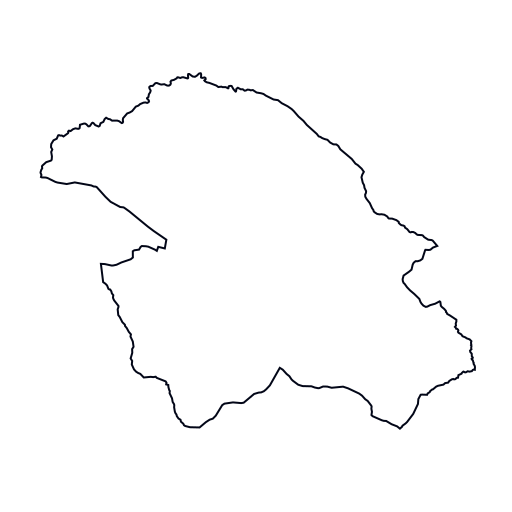 Macanal, Boyacá, Colombia (Mercator projection), rotated 263°
{"feature_id": "7082276B95267343444415", "entity_name": "Macanal", "entity_type": "district", "adm_level": 2, "iso_a3": "COL", "parent_name": "Colombia", "parent_adm1": "Boyacá", "projection": "mercator", "projection_center": [-73.296, 4.981], "detail": "fine", "context": "isolated", "style": "outline", "palette": "ink", "viewbox_px": 512, "rotation_deg": 263, "n_neighbors": 0, "source": "geoboundaries", "source_scale": "gbopen_adm2", "svg_char_len": 6090}
<svg xmlns="http://www.w3.org/2000/svg" viewBox="0 0 512 512"><g transform="rotate(263 256 256)"><path d="M243.9,437.1L249.7,433.3L250.4,432.3L251.2,428.9L254.3,425.2L255.9,424.2L256.5,423.2L257.2,419.2L257.8,418.2L259.5,416.8L260.6,415.1L260.9,413.5L260.6,412.4L261.1,411.3L264.2,409.4L266.0,407.4L267.4,407.1L268.2,406.1L268.8,404.3L269.4,403.4L271.3,401.8L272.5,401.8L274.5,399.7L276.5,395.7L277.0,392.5L278.0,391.6L279.1,391.2L281.3,388.5L282.2,385.5L282.2,383.9L282.7,382.2L283.1,381.2L285.0,379.0L285.9,378.3L287.3,378.1L289.4,377.0L294.6,375.4L299.3,372.6L301.5,371.7L303.6,371.8L305.2,372.8L306.9,373.2L310.4,372.0L313.1,371.9L315.7,370.9L321.3,370.3L323.8,371.4L326.4,373.3L329.8,371.5L333.9,368.0L335.5,366.0L340.6,362.9L351.6,352.7L355.2,351.1L356.9,349.4L357.4,346.4L359.6,343.4L362.6,341.1L363.7,338.4L365.0,336.0L366.3,334.5L367.1,332.8L369.8,331.2L379.9,322.4L384.3,319.6L389.2,315.2L395.3,311.1L397.5,309.3L400.8,305.6L404.5,300.2L408.0,296.8L409.2,292.5L414.0,285.3L415.9,283.2L416.9,280.9L418.2,276.5L421.1,273.1L421.1,270.8L421.7,269.9L422.2,267.8L421.5,266.1L421.5,264.8L423.1,263.2L423.3,261.2L425.2,258.5L424.4,257.0L421.8,256.2L421.7,255.7L424.2,254.0L427.7,252.5L428.0,251.3L427.9,249.9L427.5,249.4L426.1,249.2L425.8,248.7L427.3,246.5L427.7,243.3L428.3,242.3L428.3,239.2L430.0,237.4L433.5,230.8L434.4,228.3L435.7,226.6L436.6,226.1L437.7,227.6L438.7,227.6L439.5,226.8L439.3,224.2L439.9,223.2L443.0,223.7L444.0,223.5L444.2,223.1L444.0,221.7L442.1,219.1L441.3,217.2L441.9,215.0L444.8,211.9L444.9,211.0L443.9,210.5L441.1,210.4L440.7,210.1L440.6,209.6L442.3,205.6L442.4,204.5L441.9,202.6L442.9,200.3L442.9,199.7L442.0,198.9L440.8,196.0L440.5,193.4L439.5,192.4L437.7,192.5L437.0,192.2L436.4,191.8L435.7,190.3L436.0,188.6L437.7,185.9L437.7,182.9L438.1,181.8L439.8,178.7L439.8,177.2L437.4,174.2L437.6,172.3L437.4,171.6L436.6,170.6L435.2,170.7L433.2,171.6L432.4,171.4L431.2,170.8L429.6,169.4L426.9,168.6L426.0,167.1L425.6,167.0L423.8,168.4L422.7,168.7L421.7,168.1L421.2,166.6L421.9,164.9L421.9,163.0L420.9,159.5L419.6,157.6L418.9,154.9L414.9,150.7L413.8,148.1L413.2,145.5L409.0,140.9L407.4,140.4L405.3,140.4L404.4,139.7L404.3,138.9L406.5,136.5L407.3,134.8L407.9,129.6L409.5,127.8L410.0,126.1L411.5,124.1L410.4,122.5L407.7,120.8L406.7,117.9L404.2,116.7L403.7,115.6L405.5,112.4L407.7,110.9L408.2,110.1L407.9,109.3L405.3,107.0L405.0,105.9L405.2,105.3L407.4,103.7L408.3,102.4L408.4,101.3L407.7,97.3L405.1,96.7L404.3,96.4L403.9,95.6L403.9,94.9L404.7,92.3L404.2,89.9L402.6,87.2L403.2,85.6L402.5,84.7L401.4,84.8L400.8,84.4L398.1,79.5L399.2,78.0L399.4,76.3L400.0,75.2L399.8,74.3L396.7,72.5L395.5,69.1L392.1,66.4L389.0,65.8L386.5,66.8L384.2,65.4L379.8,65.6L376.7,65.0L375.9,64.5L375.6,63.8L374.7,59.2L371.7,54.9L371.1,54.5L369.1,54.5L367.7,53.4L365.5,52.4L364.8,52.3L362.6,52.9L360.6,52.2L360.1,53.0L359.5,56.9L358.8,58.6L354.0,65.9L353.1,67.9L350.5,76.9L351.1,85.1L346.1,101.2L344.8,103.3L344.4,105.3L343.8,106.3L333.2,113.7L327.5,118.3L321.2,127.1L320.4,130.5L319.4,131.7L315.6,135.8L298.4,152.2L293.2,157.6L283.1,169.0L274.6,166.4L277.0,160.1L273.2,158.2L274.6,156.5L278.4,150.2L279.1,147.9L279.8,143.9L279.1,142.6L276.6,140.7L276.5,135.9L275.7,134.3L269.5,133.6L268.0,131.2L266.0,121.6L264.3,116.5L264.0,113.1L264.1,111.6L266.4,105.0L267.1,101.1L248.7,101.1L246.8,103.2L244.9,104.6L241.4,105.5L240.6,106.5L240.5,107.2L238.6,108.1L236.4,108.4L234.5,109.6L232.4,109.0L231.2,109.1L229.2,109.8L223.2,113.4L222.2,113.3L219.9,112.2L214.1,112.1L212.1,113.3L206.6,115.3L203.8,117.5L202.5,117.5L200.3,118.9L196.2,120.5L193.5,122.3L191.3,121.6L186.1,123.3L180.8,123.4L178.7,121.7L175.0,121.4L169.6,119.1L166.9,120.3L163.4,119.5L158.3,121.1L155.8,122.9L154.3,124.7L153.1,126.8L149.1,129.8L148.9,136.8L148.3,139.2L148.4,141.7L147.1,142.7L142.6,151.0L141.2,151.7L139.5,151.2L138.7,153.2L136.5,153.1L133.6,153.5L132.5,154.0L130.4,153.5L125.0,155.3L121.3,155.5L118.9,156.6L117.9,156.7L115.8,156.3L111.4,156.5L109.8,156.9L108.4,157.7L106.7,157.9L104.1,159.3L102.7,161.1L100.7,161.3L98.4,163.4L96.8,163.9L95.9,165.0L94.1,169.6L92.7,179.1L97.2,186.0L99.2,190.1L99.8,193.3L102.4,196.6L112.1,204.3L113.3,206.7L113.5,215.3L111.8,223.4L111.9,225.9L119.3,237.3L120.1,242.0L120.0,244.5L120.8,247.3L122.4,249.8L125.9,254.0L142.1,266.0L139.9,268.7L135.2,272.0L132.6,274.5L129.2,276.2L127.7,277.4L123.1,282.2L121.2,286.4L119.9,295.2L118.3,298.3L117.2,301.6L117.2,302.8L118.3,306.7L117.7,310.8L116.0,315.0L115.7,326.5L113.4,331.3L106.9,341.6L104.5,344.2L100.6,346.9L98.5,349.2L93.4,352.2L92.5,352.4L90.3,351.9L87.2,352.1L84.1,351.2L82.8,352.2L77.6,360.9L76.8,362.8L76.4,365.1L72.5,370.1L69.7,375.3L67.1,377.8L68.7,380.1L69.7,380.7L71.6,384.1L72.8,385.7L80.1,392.8L89.4,398.7L94.2,399.7L98.2,402.5L98.2,403.9L97.4,408.9L98.7,409.7L99.7,411.8L100.7,412.4L102.1,414.7L102.1,415.4L104.4,418.9L105.0,420.8L105.5,426.4L106.8,428.2L106.9,431.3L108.4,432.6L109.7,435.3L109.9,436.8L109.4,437.5L109.5,438.9L110.6,440.3L110.6,441.7L113.1,442.4L114.1,445.6L114.7,445.9L115.9,447.5L116.0,447.9L115.0,449.3L115.0,450.2L115.8,452.1L115.2,453.8L115.4,456.2L116.5,457.3L116.8,458.3L116.4,459.3L119.0,459.8L120.4,459.7L122.5,458.8L123.3,459.1L123.8,458.8L125.5,458.6L126.6,458.2L127.0,457.6L127.8,457.5L128.4,458.7L128.8,458.8L130.2,458.0L132.8,458.2L134.6,457.0L136.0,456.9L137.2,458.5L138.3,458.3L140.4,458.9L141.3,458.5L141.7,458.9L143.6,458.8L145.2,459.4L147.2,457.9L148.7,454.9L149.6,454.1L151.2,451.2L153.2,450.2L155.2,447.6L156.1,447.2L157.5,447.8L158.3,447.5L159.2,446.7L159.4,445.8L160.5,445.5L161.4,444.8L162.5,446.0L164.6,446.0L166.6,446.9L168.3,447.1L173.3,441.3L175.2,438.7L176.4,438.4L177.3,437.7L178.0,437.9L178.7,437.6L180.6,436.3L182.8,434.2L184.1,433.4L187.3,433.4L188.1,433.3L188.6,432.7L186.8,428.0L186.0,422.9L184.9,419.9L184.8,418.3L186.3,416.1L188.7,414.4L190.5,413.6L193.5,412.9L199.1,408.4L203.1,404.7L206.6,402.1L210.1,400.2L211.3,399.2L213.1,398.7L215.1,398.7L218.6,400.1L221.8,406.1L223.5,408.7L228.4,410.5L230.1,411.7L231.4,413.7L231.1,415.8L231.6,418.5L232.9,420.8L241.0,424.5L241.5,424.9L240.9,428.3L241.0,429.9L242.8,432.7L243.9,437.1Z" fill="none" stroke="#020617" stroke-width="2"/></g></svg>